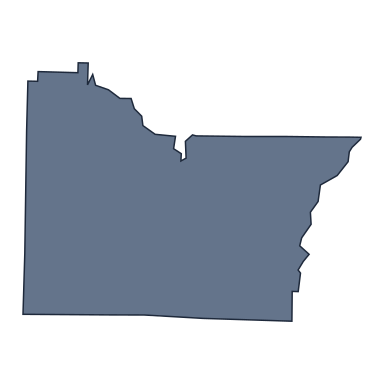 the district of Lawrence, Arkansas, United States of America
{"feature_id": "52423323B35543237136284", "entity_name": "Lawrence", "entity_type": "district", "adm_level": 2, "iso_a3": "USA", "parent_name": "United States of America", "parent_adm1": "Arkansas", "projection": "orthographic", "projection_center": [-91.031, 36.069], "detail": "fine", "context": "isolated", "style": "filled", "palette": "slate", "viewbox_px": 384, "rotation_deg": 0, "n_neighbors": 0, "source": "geoboundaries", "source_scale": "gbopen_adm2", "svg_char_len": 756}
<svg xmlns="http://www.w3.org/2000/svg" viewBox="0 0 384 384"><path d="M203.3,318.4L291.9,321.2L292.2,291.4L298.2,291.6L300.5,273.1L298.1,270.0L303.3,261.4L309.1,254.3L299.7,245.8L301.7,237.8L311.1,224.3L310.4,212.2L318.1,201.5L320.4,185.0L337.2,175.5L348.1,161.7L349.3,151.8L352.1,147.3L360.5,139.2L361.0,137.3L349.2,137.1L326.5,137.0L286.3,136.5L245.3,136.5L196.2,135.9L192.5,134.9L185.4,141.3L186.1,158.1L180.9,161.0L181.3,153.7L173.6,148.7L175.5,136.3L155.1,134.3L142.9,125.6L141.7,116.2L134.3,108.7L131.1,98.5L119.9,98.4L108.5,89.8L95.6,85.3L92.7,74.5L87.5,84.9L88.2,63.0L78.2,62.8L77.9,72.7L38.1,71.6L37.6,81.3L27.9,81.1L26.6,131.1L24.8,253.3L23.0,314.3L111.1,314.9L144.3,315.0L203.3,318.4Z" fill="#64748b" stroke="#1e293b" stroke-width="1.5"/></svg>